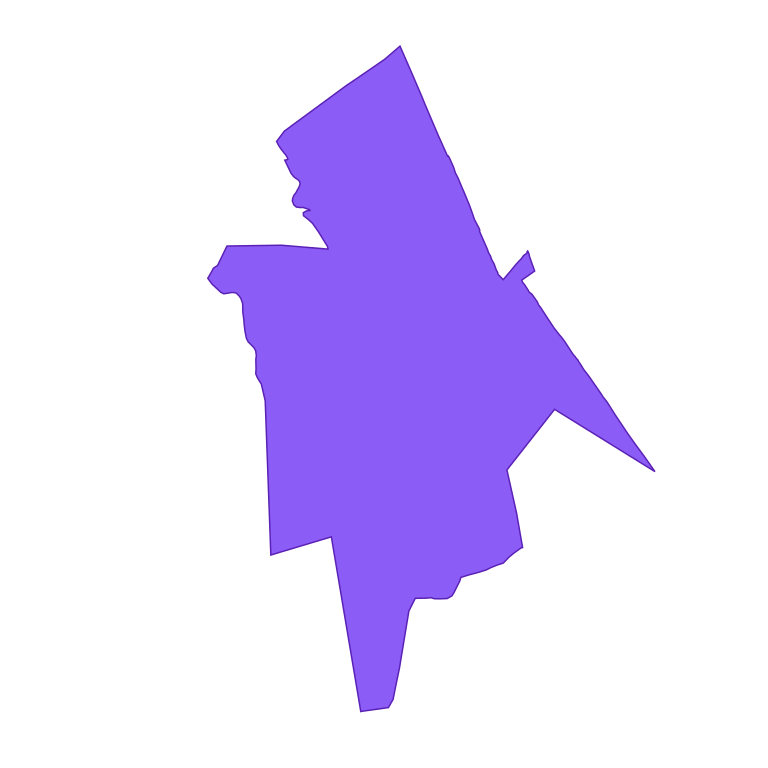 the district of San Pedro Apóstol, Oaxaca, Mexico, rotated 235°
{"feature_id": "50627088B6565378180513", "entity_name": "San Pedro Apóstol", "entity_type": "district", "adm_level": 2, "iso_a3": "MEX", "parent_name": "Mexico", "parent_adm1": "Oaxaca", "projection": "albers", "projection_center": [-96.731, 16.743], "detail": "fine", "context": "isolated", "style": "filled", "palette": "violet", "viewbox_px": 768, "rotation_deg": 235, "n_neighbors": 0, "source": "geoboundaries", "source_scale": "gbopen_adm2", "svg_char_len": 2667}
<svg xmlns="http://www.w3.org/2000/svg" viewBox="0 0 768 768"><g transform="rotate(235 384 384)"><path d="M452.7,549.5L454.0,549.8L454.6,550.0L455.0,550.7L457.5,551.3L461.1,551.7L467.1,552.5L472.4,554.1L481.2,556.5L487.1,557.8L495.1,559.6L499.7,560.5L504.7,561.6L510.8,562.9L515.7,563.5L521.9,565.4L532.3,567.4L534.2,567.4L534.3,566.8L556.3,571.0L590.1,578.1L597.4,579.8L622.3,585.0L651.6,590.9L649.6,570.7L649.9,534.8L650.1,525.0L648.6,458.4L648.3,447.4L644.3,435.1L639.7,434.5L635.7,434.4L633.8,434.5L632.1,434.6L627.6,434.9L625.9,434.8L624.5,434.6L623.2,434.1L623.2,433.6L624.3,431.1L620.1,430.4L609.8,428.7L606.0,428.9L603.6,429.5L600.7,430.7L598.4,431.0L596.1,430.1L594.0,427.3L592.4,423.8L591.3,421.8L590.3,418.5L588.6,415.9L587.8,415.1L586.5,413.9L585.6,413.7L584.0,413.3L582.4,412.9L579.2,413.7L576.5,416.7L575.0,419.0L569.6,423.0L568.7,422.9L570.3,419.7L570.6,416.1L568.0,414.6L562.3,416.3L556.6,417.6L555.6,417.6L546.7,417.6L535.7,417.0L529.0,416.6L526.6,415.5L556.5,379.6L587.1,334.5L576.6,315.7L576.7,310.7L574.4,306.2L571.7,300.3L568.7,300.3L564.0,300.5L558.1,301.8L552.7,302.9L549.8,304.5L548.3,307.5L547.1,310.1L546.1,312.1L543.4,315.1L539.4,315.8L536.2,315.8L531.1,314.4L527.2,311.9L526.6,311.4L523.4,309.3L520.4,307.8L517.3,306.2L513.1,303.7L507.2,300.5L500.4,297.5L496.3,296.9L492.7,297.6L488.1,298.3L484.8,297.9L480.5,295.7L477.8,293.2L473.0,290.0L469.7,287.8L465.9,284.8L462.3,284.0L457.7,283.6L454.4,283.5L438.3,277.0L308.8,193.2L306.2,201.2L289.0,253.2L129.0,177.1L128.5,178.3L116.4,202.0L120.4,210.5L131.4,222.0L142.5,233.8L183.7,274.1L185.3,277.0L190.5,286.7L184.6,295.4L183.3,297.6L182.0,299.9L179.3,302.0L176.0,306.5L172.0,312.7L171.5,318.2L173.3,322.3L176.0,327.2L179.1,333.0L181.5,336.0L179.0,343.8L175.5,353.4L173.0,361.3L172.3,366.2L170.9,372.4L168.9,378.9L170.5,387.3L171.0,393.7L171.1,402.2L170.5,403.7L202.1,418.5L243.1,435.4L265.4,509.2L156.8,555.7L169.0,555.7L175.0,555.7L191.3,555.3L203.5,555.2L226.8,555.7L241.1,556.4L248.6,556.0L250.5,556.2L269.0,556.3L273.2,556.3L281.3,555.9L287.4,556.3L290.3,556.3L292.9,556.6L294.7,556.2L296.5,556.3L298.3,556.0L300.3,555.9L314.7,556.4L319.8,556.3L323.6,555.9L332.5,555.4L348.5,555.9L357.0,556.2L360.4,556.0L363.1,556.7L372.6,556.7L376.2,555.6L378.3,555.9L383.4,556.1L384.3,556.1L387.8,555.9L390.1,556.4L390.1,572.2L398.5,574.5L404.9,576.3L407.4,577.4L410.5,578.0L410.3,577.1L409.3,576.3L409.1,571.9L407.8,568.1L407.1,564.4L406.4,561.3L405.6,558.2L403.9,552.3L403.0,548.7L401.1,541.5L408.6,540.3L409.8,541.0L413.1,541.4L419.3,543.1L422.7,543.4L425.5,543.9L427.8,544.7L429.0,544.7L431.7,545.0L434.4,545.8L435.7,546.1L452.7,549.5Z" fill="#8b5cf6" stroke="#5b21b6" stroke-width="1.5"/></g></svg>